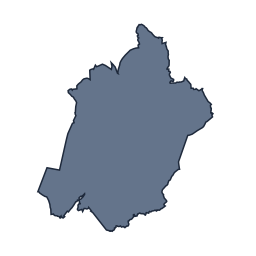 Ahuazotepec, Hidalgo, Mexico (Robinson projection), rotated 186°
{"feature_id": "50627088B25624644630099", "entity_name": "Ahuazotepec", "entity_type": "district", "adm_level": 2, "iso_a3": "MEX", "parent_name": "Mexico", "parent_adm1": "Hidalgo", "projection": "robinson", "projection_center": [-98.14, 20.057], "detail": "fine", "context": "isolated", "style": "filled", "palette": "slate", "viewbox_px": 256, "rotation_deg": 186, "n_neighbors": 0, "source": "geoboundaries", "source_scale": "gbopen_adm2", "svg_char_len": 5685}
<svg xmlns="http://www.w3.org/2000/svg" viewBox="0 0 256 256"><g transform="rotate(186 128 128)"><path d="M87.3,70.2L84.4,74.2L84.0,74.6L83.3,75.1L82.5,76.4L82.5,77.4L81.8,80.0L80.6,80.7L79.4,84.6L78.6,85.4L78.1,86.5L77.5,88.0L76.7,89.1L74.2,91.6L73.6,92.1L72.4,92.4L72.8,93.6L73.8,97.6L74.2,99.6L74.0,100.6L67.8,126.9L66.2,127.3L63.5,128.6L58.7,132.7L54.1,136.1L53.0,137.3L51.8,140.2L51.3,141.9L50.0,142.8L45.1,147.9L45.8,149.2L45.9,150.1L45.8,150.6L45.4,151.0L45.2,150.8L45.0,151.2L46.7,152.2L47.2,151.0L47.4,154.2L47.1,154.4L47.2,155.3L47.2,156.1L47.4,156.6L47.9,156.7L48.4,159.1L47.6,160.2L49.1,161.5L51.1,162.7L54.7,167.6L55.5,168.6L56.6,170.8L57.0,171.5L57.8,172.4L58.0,173.0L58.2,173.6L57.9,175.0L58.5,175.0L58.7,174.6L59.0,174.1L59.7,173.8L60.2,173.2L61.4,172.5L64.4,174.2L64.8,173.6L66.7,173.2L67.4,174.4L69.4,174.1L70.1,177.8L70.5,178.4L71.2,178.9L72.4,180.2L74.1,181.6L74.8,182.9L75.5,182.9L76.2,183.3L76.4,183.6L76.8,184.1L77.2,182.5L77.5,180.6L78.2,180.3L79.5,179.5L80.2,179.2L81.6,179.1L82.0,178.8L82.9,178.7L84.1,178.7L85.2,177.8L85.6,177.6L86.5,177.6L88.9,177.3L90.1,177.0L90.6,177.0L91.1,177.3L91.0,178.0L90.2,179.3L89.8,179.4L89.2,179.2L88.4,179.1L88.0,179.1L87.8,179.3L87.6,179.7L87.7,181.1L88.4,181.4L89.3,181.6L89.8,182.0L90.5,182.1L90.8,182.4L91.2,183.2L91.7,183.8L91.7,184.1L92.1,184.4L92.4,185.2L92.5,186.1L91.9,187.2L91.7,187.7L92.2,188.6L92.6,188.7L93.2,188.6L93.5,188.7L93.6,189.4L93.5,190.2L93.6,190.9L95.3,190.5L95.4,191.0L95.0,192.1L94.6,192.9L94.1,193.3L93.7,194.8L94.0,198.2L94.1,199.6L95.1,200.8L95.4,201.8L95.7,203.5L95.5,205.4L95.9,206.7L96.1,208.8L97.4,210.3L97.9,211.4L98.4,213.0L98.8,213.4L98.8,214.0L99.4,214.8L99.2,217.1L102.9,215.5L103.2,217.0L103.1,219.0L103.8,220.5L103.3,221.4L104.7,221.3L106.7,221.5L107.0,220.6L107.8,221.0L108.8,221.1L110.5,221.5L111.2,221.9L113.6,224.0L114.3,224.9L115.4,225.6L116.7,226.1L117.4,226.6L118.0,226.9L118.6,227.5L119.1,228.3L120.4,229.6L120.8,229.7L121.7,230.2L122.1,230.8L123.1,231.5L124.8,232.3L125.5,232.5L126.8,231.9L127.2,231.8L127.7,232.0L128.1,231.4L128.8,229.8L129.1,229.5L129.0,229.0L129.3,228.9L129.5,228.7L129.7,226.3L129.9,225.4L129.9,224.3L129.0,223.2L128.1,222.9L127.6,221.9L127.5,221.3L127.7,221.0L128.1,221.0L128.3,220.8L128.3,220.5L127.9,219.5L126.8,218.7L127.2,218.4L127.5,216.7L127.4,216.3L125.8,214.0L125.3,212.7L125.5,212.3L126.2,212.3L126.5,211.8L126.6,211.2L126.2,209.8L125.8,208.9L128.5,208.3L130.9,207.3L133.9,205.6L138.3,200.2L140.8,196.5L142.0,194.0L142.7,192.0L142.8,190.4L142.9,189.4L143.8,185.1L143.9,182.1L143.9,181.6L143.6,181.1L143.9,181.2L144.3,181.5L144.5,182.1L145.5,183.9L146.3,185.7L147.3,187.5L148.6,188.6L149.1,189.2L151.5,191.2L151.1,190.1L151.0,189.3L150.5,188.2L150.4,187.4L150.7,184.5L156.9,187.8L160.1,188.8L163.8,186.6L165.6,185.7L167.0,187.1L168.3,183.0L168.6,183.3L170.9,182.4L172.1,181.5L170.7,172.1L172.1,172.8L173.5,173.2L174.3,173.2L176.9,172.3L178.3,171.0L179.4,169.1L182.0,166.5L183.3,164.6L182.9,161.6L187.0,160.7L187.4,159.8L188.4,160.9L189.8,160.5L191.5,158.9L191.0,156.9L188.8,155.3L187.2,153.7L185.9,153.2L185.2,152.6L185.0,152.3L184.7,151.6L182.8,149.6L181.8,147.9L181.8,147.7L182.2,143.7L182.0,137.7L182.3,137.6L181.8,135.9L181.2,135.2L181.2,134.6L183.0,129.7L182.2,127.6L183.7,126.9L187.2,116.1L188.0,110.6L191.7,79.0L204.4,80.0L211.0,55.2L210.0,55.2L209.0,54.1L206.1,52.5L203.5,51.3L201.6,51.0L199.4,47.7L197.7,43.8L197.1,41.0L196.3,39.2L195.5,34.0L193.3,34.6L193.3,34.3L191.4,33.2L189.4,33.3L189.0,32.9L186.6,32.6L186.5,31.6L185.6,31.5L185.5,31.8L185.9,32.6L185.4,33.5L185.2,33.0L183.2,31.7L181.7,33.2L182.7,33.9L179.7,38.9L178.5,38.3L177.2,40.4L176.1,42.0L175.5,42.7L174.0,45.4L172.2,49.2L171.4,49.4L170.8,50.2L170.7,51.0L169.9,50.8L169.4,51.2L169.2,51.9L169.2,52.2L169.3,52.5L169.2,52.8L169.3,53.2L169.3,53.7L168.3,54.6L167.8,55.2L167.2,55.1L165.9,56.1L164.3,58.1L164.2,57.7L164.3,57.1L164.8,56.4L165.4,55.0L166.2,54.1L166.9,53.0L167.7,52.2L168.6,51.8L169.0,50.9L169.2,50.5L168.7,50.0L168.5,49.4L168.5,48.4L167.8,48.1L167.6,47.8L167.8,47.5L168.4,47.7L169.0,47.2L169.6,46.3L169.6,45.2L169.4,44.7L169.3,44.4L169.4,43.6L169.7,42.8L169.8,42.0L169.7,41.5L168.7,40.7L165.4,42.2L164.4,40.2L163.2,43.4L162.1,43.5L161.6,43.3L160.9,43.2L160.1,43.3L159.4,43.6L158.9,44.2L158.8,44.9L155.8,41.8L156.3,41.4L154.1,40.1L138.8,24.3L136.4,24.0L136.1,23.8L135.7,23.6L135.2,24.0L135.0,23.8L134.9,23.5L134.6,23.5L134.3,23.8L133.9,23.8L133.4,23.7L132.9,23.6L132.7,23.8L132.8,24.4L131.5,24.8L130.9,25.8L131.0,26.3L130.6,26.6L130.9,27.2L129.6,28.0L129.7,28.7L129.6,29.4L128.8,29.6L128.2,29.2L126.7,29.0L125.2,29.8L124.2,28.8L122.2,29.5L121.9,29.2L120.8,28.6L120.5,28.7L120.4,29.3L119.9,29.4L118.8,30.5L117.9,30.4L117.3,31.4L117.1,32.3L117.2,32.9L117.7,33.6L118.1,35.4L117.8,35.7L117.2,35.8L117.0,36.5L116.7,36.8L116.5,37.1L115.6,37.3L115.5,37.5L114.8,37.8L113.8,39.3L113.6,39.7L113.1,40.4L113.4,41.3L113.6,42.2L113.5,42.3L113.1,42.6L112.8,42.6L112.7,41.8L112.1,41.6L111.8,41.2L111.7,40.9L109.8,41.5L109.7,42.3L109.4,42.8L109.5,43.3L109.4,43.5L108.5,43.8L108.1,44.3L107.6,44.6L107.2,44.6L106.1,44.1L104.9,44.3L104.7,44.2L104.1,44.5L103.5,44.2L103.0,44.2L102.4,43.5L101.9,43.3L101.6,43.2L101.3,43.8L101.3,44.4L101.1,44.8L101.2,45.2L101.0,45.7L100.6,45.6L100.4,45.8L98.9,45.4L98.3,45.8L98.5,46.4L97.8,47.3L96.7,46.9L96.1,47.2L95.6,47.7L95.4,48.0L94.3,48.2L93.4,48.5L92.8,49.0L92.3,49.1L91.9,49.0L91.6,48.6L91.2,48.5L91.2,49.1L90.5,49.5L90.0,49.1L89.3,49.6L88.2,49.5L87.5,50.1L87.4,50.4L86.5,51.3L86.0,51.3L85.3,52.0L83.7,53.4L82.8,54.3L83.6,54.7L84.0,55.2L84.3,55.6L84.3,56.0L82.7,58.0L82.3,58.2L81.8,59.0L81.8,59.3L82.7,60.4L84.8,62.3L84.9,62.9L85.7,64.3L85.6,65.3L87.0,66.7L87.5,67.6L87.6,68.2L87.3,70.2Z" fill="#64748b" stroke="#1e293b" stroke-width="1.5"/></g></svg>